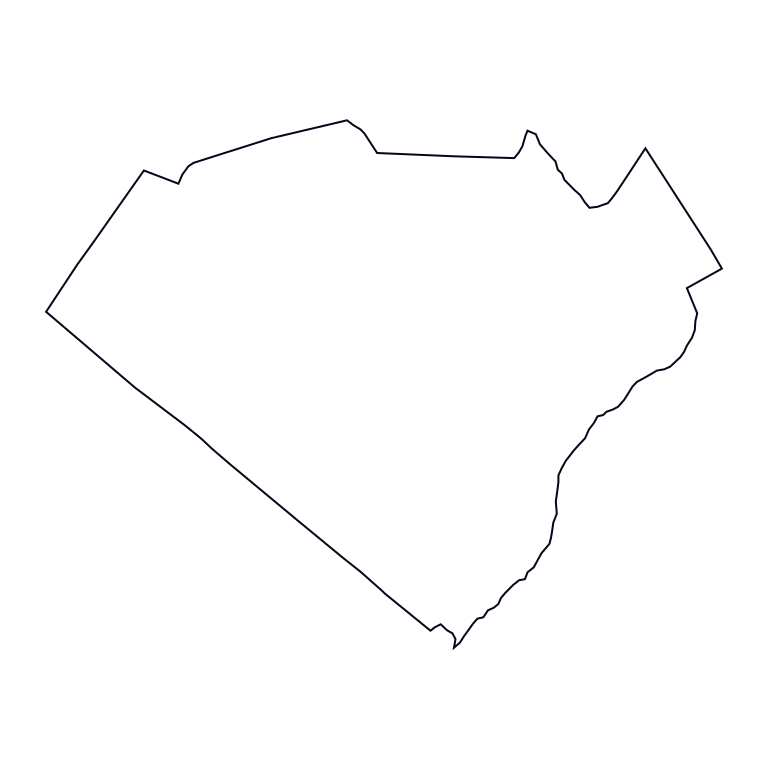 the district of Loanda, Paraná, Brazil
{"feature_id": "56859067B78074761196473", "entity_name": "Loanda", "entity_type": "district", "adm_level": 2, "iso_a3": "BRA", "parent_name": "Brazil", "parent_adm1": "Paraná", "projection": "natural_earth1", "projection_center": [-53.011, -22.972], "detail": "fine", "context": "isolated", "style": "outline", "palette": "ink", "viewbox_px": 768, "rotation_deg": 0, "n_neighbors": 0, "source": "geoboundaries", "source_scale": "gbopen_adm2", "svg_char_len": 1492}
<svg xmlns="http://www.w3.org/2000/svg" viewBox="0 0 768 768"><path d="M710.7,249.4L645.4,148.3L617.7,190.4L611.9,198.3L607.9,203.1L597.5,206.8L589.5,207.8L584.6,202.0L580.1,195.0L574.2,189.8L564.4,179.8L562.0,173.6L557.8,169.7L555.5,161.5L548.3,153.9L540.0,144.4L535.9,134.3L527.5,130.7L525.5,135.6L522.4,146.3L518.8,152.6L514.2,158.1L454.2,156.3L377.1,153.0L364.4,133.4L360.6,129.5L353.4,125.2L347.0,120.3L271.2,138.2L193.4,162.9L188.3,166.4L182.4,174.5L178.4,183.7L143.9,170.5L93.2,242.5L77.2,264.7L46.1,311.8L135.1,387.7L184.6,425.1L197.3,435.4L202.4,439.7L211.2,448.0L215.4,451.7L230.2,464.4L298.4,521.1L343.8,558.5L360.7,571.9L376.2,585.6L381.3,590.1L384.9,593.6L430.5,630.7L434.8,627.3L440.7,624.3L447.1,630.3L452.4,633.3L455.5,639.1L454.0,647.7L459.9,642.6L463.9,636.4L469.8,628.2L473.1,623.6L477.3,618.7L483.3,617.3L488.0,610.3L494.0,607.6L498.4,603.9L500.9,598.1L505.0,593.2L513.2,584.9L519.1,580.2L524.9,579.2L527.6,572.2L533.8,567.3L536.7,561.9L541.5,553.2L549.4,543.9L550.9,538.2L551.9,532.6L553.3,522.6L556.8,513.7L555.8,501.5L557.1,492.4L558.4,482.4L558.4,475.4L561.9,467.8L566.0,460.5L574.2,450.0L579.0,444.7L585.1,438.2L589.0,429.4L593.7,423.3L597.6,416.3L603.0,415.1L606.6,411.7L612.7,409.6L618.0,406.8L624.2,399.8L632.6,386.4L636.9,381.9L646.8,376.5L656.8,370.6L664.2,369.3L670.1,366.7L676.0,361.2L680.3,357.2L684.1,351.8L686.9,345.6L692.0,337.7L694.8,330.1L695.4,321.1L697.2,313.3L686.9,288.1L721.9,268.6L710.7,249.4Z" fill="none" stroke="#020617" stroke-width="2"/></svg>